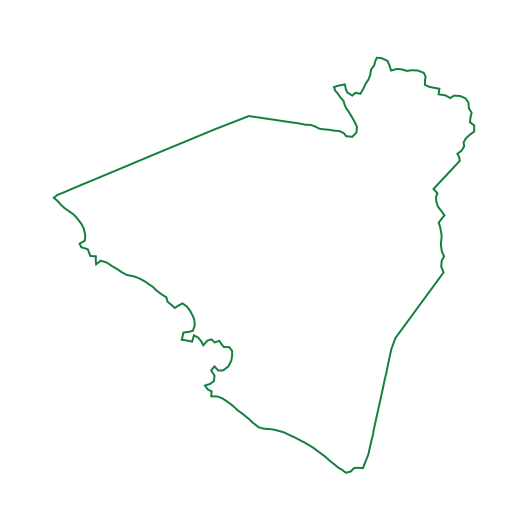 outline of Guarapari, Espírito Santo, Brazil, rotated 95°
{"feature_id": "56859067B18132052810644", "entity_name": "Guarapari", "entity_type": "district", "adm_level": 2, "iso_a3": "BRA", "parent_name": "Brazil", "parent_adm1": "Espírito Santo", "projection": "albers", "projection_center": [-40.545, -20.612], "detail": "fine", "context": "isolated", "style": "outline", "palette": "green", "viewbox_px": 512, "rotation_deg": 95, "n_neighbors": 0, "source": "geoboundaries", "source_scale": "gbopen_adm2", "svg_char_len": 2882}
<svg xmlns="http://www.w3.org/2000/svg" viewBox="0 0 512 512"><g transform="rotate(95 256 256)"><path d="M77.3,182.4L79.1,188.6L80.9,193.0L84.3,191.6L87.1,188.6L90.6,185.8L93.8,182.4L97.8,180.8L101.2,178.9L104.1,176.3L108.2,173.3L113.5,169.6L118.5,166.7L124.2,166.7L128.9,170.5L128.8,176.6L125.9,179.3L124.3,183.9L124.3,189.4L123.9,193.7L123.9,198.7L123.7,203.9L121.9,208.2L120.7,212.8L120.9,218.3L120.1,225.6L119.6,235.6L118.6,251.5L117.6,268.8L117.2,275.3L133.9,309.1L157.4,354.2L162.4,363.8L188.7,413.8L198.7,433.0L204.6,444.2L209.6,453.4L212.5,459.3L215.7,462.5L218.4,458.5L221.9,454.9L224.9,451.0L227.7,446.2L230.3,441.7L232.8,438.7L235.8,435.9L239.0,432.9L243.2,430.2L250.0,427.9L255.6,427.8L259.1,432.8L262.5,430.8L263.9,424.2L270.4,421.0L270.3,415.5L274.0,415.3L278.2,414.5L274.2,410.4L275.6,403.9L278.8,398.3L281.1,393.2L283.8,388.5L286.2,382.8L286.6,378.2L287.6,373.0L289.0,369.0L291.2,364.2L293.6,360.0L295.7,356.1L299.1,352.1L302.7,346.3L304.9,341.7L309.2,340.2L312.1,336.0L314.8,332.3L312.0,328.8L309.6,325.1L312.4,320.5L316.1,317.0L320.8,314.0L325.0,311.8L330.6,311.0L336.0,312.4L337.4,316.2L338.6,321.6L345.9,322.6L346.3,317.0L346.9,312.2L340.5,310.9L342.4,306.4L345.5,303.4L349.5,300.7L344.5,297.0L342.9,293.2L345.7,289.6L343.7,285.2L346.9,282.6L349.5,280.0L349.1,274.7L352.7,271.5L357.7,271.1L362.5,271.5L368.4,273.9L372.8,278.7L373.4,283.5L369.6,287.8L373.9,290.7L378.8,286.9L384.3,287.0L387.5,290.7L389.5,295.6L393.3,292.2L394.7,288.4L399.7,288.4L399.3,282.6L400.6,277.5L402.7,273.5L404.7,270.0L407.5,265.7L411.7,260.3L414.5,255.4L416.9,252.0L419.0,248.8L422.0,245.2L424.0,242.0L426.3,238.6L427.4,233.3L427.2,228.0L427.4,223.5L428.2,218.2L429.2,213.1L430.6,209.2L432.0,205.4L433.7,200.8L436.0,195.2L437.8,191.0L440.2,185.9L442.4,181.6L444.7,178.0L447.2,173.9L449.4,170.3L451.7,167.1L454.1,163.9L456.9,159.5L459.7,155.6L461.5,151.6L464.1,147.6L462.5,142.9L458.8,139.9L458.1,136.1L458.0,131.0L444.0,126.8L432.5,125.3L423.7,123.9L418.8,123.5L413.9,122.9L395.6,120.5L391.0,119.9L379.2,118.4L365.7,116.7L361.5,116.0L352.4,115.0L337.2,113.1L325.5,109.9L256.0,67.7L250.4,70.6L244.4,70.6L240.0,68.6L235.2,71.3L228.6,72.8L223.7,72.8L219.7,72.8L215.5,73.9L210.8,75.2L206.9,76.9L202.4,74.1L199.1,71.8L195.2,75.1L190.8,79.2L185.6,81.2L181.7,81.8L177.8,80.7L173.7,85.0L143.5,61.3L139.9,62.2L136.6,64.3L133.3,60.5L128.6,58.2L124.8,59.1L120.8,57.3L116.9,53.9L113.0,49.5L106.9,50.0L104.1,54.5L99.3,54.4L94.5,53.7L90.5,56.7L84.5,57.8L80.8,60.9L78.8,66.5L79.0,72.6L81.7,76.3L79.5,81.2L79.0,88.2L73.4,87.9L73.0,92.4L72.4,98.0L70.9,102.5L67.1,103.0L62.7,102.6L58.9,104.8L57.1,111.2L57.4,117.3L58.5,121.9L57.5,126.3L57.3,131.6L59.5,137.6L54.8,139.5L50.1,142.1L47.9,148.4L48.0,152.9L51.5,154.2L55.9,154.9L60.1,157.6L65.5,158.0L70.1,159.2L74.9,161.8L80.0,163.7L85.3,166.1L84.8,171.2L87.8,174.1L85.2,179.2L81.9,181.1L77.3,182.4Z" fill="none" stroke="#15803d" stroke-width="2"/></g></svg>